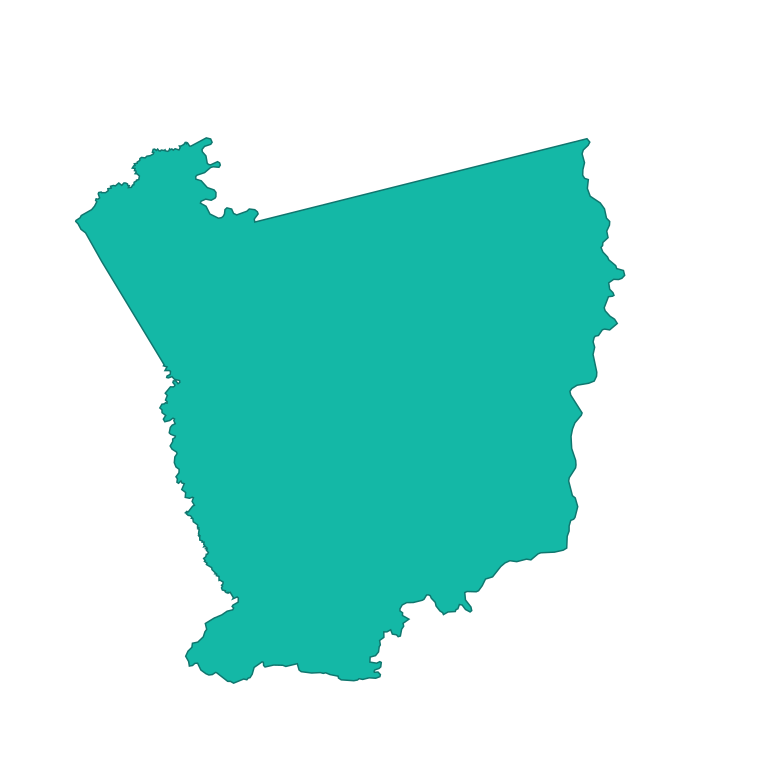 outline of La Macarena, Meta, Colombia, rotated 256°
{"feature_id": "7082276B91744588018589", "entity_name": "La Macarena", "entity_type": "district", "adm_level": 2, "iso_a3": "COL", "parent_name": "Colombia", "parent_adm1": "Meta", "projection": "natural_earth1", "projection_center": [-73.869, 2.122], "detail": "fine", "context": "isolated", "style": "filled", "palette": "teal", "viewbox_px": 768, "rotation_deg": 256, "n_neighbors": 0, "source": "geoboundaries", "source_scale": "gbopen_adm2", "svg_char_len": 6171}
<svg xmlns="http://www.w3.org/2000/svg" viewBox="0 0 768 768"><g transform="rotate(256 384 384)"><path d="M167.8,125.7L162.0,127.3L157.4,126.9L157.2,130.2L158.7,132.9L158.2,135.6L150.8,137.1L146.0,141.1L144.0,143.7L143.6,147.2L144.9,150.8L144.3,151.8L133.3,160.4L132.6,163.1L130.1,165.7L131.7,176.5L130.2,179.4L131.5,181.1L131.5,183.0L134.3,185.9L140.4,189.4L143.9,198.5L143.1,199.6L140.0,199.1L138.2,200.1L138.0,208.9L135.6,217.7L133.7,220.4L133.6,232.2L127.1,232.4L124.9,234.1L121.1,243.8L119.4,252.4L117.9,255.1L117.9,257.6L115.2,261.2L111.6,268.8L109.7,268.7L107.3,270.9L103.4,283.0L103.2,286.7L104.1,288.5L102.5,291.9L102.5,298.6L100.5,304.8L101.0,309.2L102.9,310.2L106.0,308.5L106.6,304.9L107.7,304.9L108.8,306.0L109.2,310.4L110.3,312.4L114.5,314.0L115.6,312.8L114.9,309.3L117.6,303.0L122.4,304.5L122.5,310.1L125.4,313.9L130.3,315.8L131.7,317.3L136.2,317.7L138.2,322.6L143.5,323.8L142.8,326.9L143.9,331.0L139.3,331.6L137.6,335.5L135.4,336.6L135.5,338.9L141.8,341.8L144.2,344.5L147.2,344.6L149.8,351.3L154.9,345.9L157.5,346.7L160.0,344.6L162.0,345.1L165.2,348.2L166.4,353.1L164.9,359.5L164.9,368.8L165.4,370.7L168.9,374.2L168.7,376.0L167.5,377.6L164.7,378.1L159.7,380.9L156.0,380.8L150.2,383.4L147.9,385.6L145.9,385.9L147.3,391.0L146.0,398.1L147.7,399.3L148.0,401.3L151.8,403.8L150.7,406.3L145.5,408.5L142.0,412.4L142.9,414.3L146.6,414.4L154.8,410.8L162.1,411.9L162.6,414.3L160.1,423.2L160.5,425.7L164.5,430.5L170.2,435.3L170.6,442.7L178.7,453.2L181.1,458.1L182.1,463.4L179.5,469.8L179.6,479.9L177.8,484.0L181.9,492.3L182.3,495.3L179.6,508.8L179.4,517.7L180.6,521.6L191.9,524.9L196.5,528.0L201.5,529.3L206.5,532.2L206.9,535.3L208.3,537.0L218.1,542.3L227.2,542.0L230.1,539.8L245.2,539.7L248.3,541.1L256.3,549.6L259.0,550.7L263.6,551.5L276.0,550.5L287.9,552.8L294.7,556.0L300.1,559.8L306.0,567.9L308.0,569.2L328.1,562.5L331.9,562.6L334.2,565.2L336.1,571.1L335.2,582.8L336.0,588.7L340.1,592.1L343.9,593.3L362.1,594.0L368.7,597.3L374.3,597.1L378.2,599.1L379.3,600.5L379.2,603.8L383.8,609.0L383.9,611.4L381.9,616.1L386.3,625.0L391.1,623.4L395.1,619.7L401.5,616.3L404.7,616.1L414.4,622.9L413.9,626.9L414.4,628.6L417.1,628.3L421.3,625.9L427.8,626.5L430.0,632.2L428.6,636.9L429.0,640.4L431.2,643.8L436.2,643.8L439.7,637.7L442.7,637.5L450.2,632.1L453.0,631.7L459.1,628.3L464.0,627.6L465.4,629.6L468.4,630.6L471.8,636.8L478.5,637.1L483.6,641.2L487.1,642.3L491.1,640.0L500.6,640.3L507.4,637.6L516.3,629.5L524.5,628.6L532.9,631.7L535.0,628.4L538.5,627.3L543.8,628.8L550.2,632.1L559.4,631.9L562.9,634.0L566.2,639.8L568.9,642.2L572.9,640.3L572.4,297.8L575.4,298.0L579.5,303.0L581.7,302.8L584.4,300.8L586.4,295.6L584.8,292.7L583.7,282.0L585.9,279.3L590.6,278.5L592.9,274.2L591.7,271.9L587.5,270.3L585.5,268.4L584.7,266.5L584.9,263.5L591.1,256.2L599.5,254.3L603.9,249.6L605.6,250.7L606.5,255.7L604.1,260.8L605.2,265.0L606.4,266.2L610.5,267.3L613.4,266.1L617.3,260.1L625.4,255.8L628.3,251.0L630.9,251.5L631.9,253.3L632.5,261.1L636.0,268.1L636.1,270.8L634.2,276.3L636.0,278.1L638.3,278.0L640.0,276.3L638.6,268.8L639.4,266.9L641.0,265.9L648.4,266.4L653.3,263.9L655.6,264.2L658.0,267.4L658.5,273.9L660.1,275.7L663.7,275.1L665.8,271.1L661.5,254.1L662.0,252.9L665.5,251.7L665.0,250.5L666.3,250.5L666.5,249.6L664.9,247.8L664.0,244.7L664.4,243.0L662.6,243.4L660.7,241.7L662.8,238.2L661.9,236.1L663.4,235.0L663.0,233.5L664.0,232.9L662.3,231.6L662.1,230.2L663.2,228.2L664.2,228.2L663.8,227.1L664.9,224.5L664.2,223.3L664.8,222.0L666.7,221.2L665.7,219.6L667.4,218.3L667.5,216.8L664.9,215.3L664.3,216.6L663.0,215.8L662.1,212.5L662.4,209.0L661.2,206.9L662.5,203.6L661.8,201.7L660.0,201.1L659.0,198.2L657.9,198.0L658.1,195.0L656.2,195.3L656.2,193.9L654.4,192.0L653.4,194.6L651.4,193.5L650.9,194.7L649.5,194.8L648.3,193.4L647.6,195.3L645.0,197.0L641.7,195.5L641.7,193.2L640.9,192.9L640.2,190.4L637.8,189.4L637.9,188.2L635.9,186.5L636.4,183.5L638.1,184.8L638.6,183.4L640.2,183.5L641.5,182.0L642.0,180.3L640.2,177.6L643.2,175.3L641.2,171.3L642.1,169.5L642.0,166.5L640.1,166.7L640.3,163.3L638.3,163.2L637.0,160.1L638.0,156.1L638.7,156.0L638.8,153.5L637.6,152.7L633.4,153.1L632.5,151.3L633.3,149.5L632.0,148.6L630.3,149.4L626.6,146.2L623.9,142.5L620.7,131.0L618.8,129.3L617.2,124.7L616.3,124.2L613.4,125.9L607.4,127.4L602.9,131.0L570.9,139.8L459.6,174.2L455.9,175.3L455.0,174.4L453.1,177.6L450.0,174.7L449.0,178.9L447.9,179.9L445.1,178.9L444.2,175.4L442.9,174.7L442.1,176.1L442.4,180.1L439.3,181.8L436.8,186.5L435.0,186.3L434.1,184.2L437.4,182.8L438.0,180.4L436.5,179.5L433.5,180.9L432.7,180.3L432.1,179.0L432.9,176.1L428.0,169.5L425.3,171.0L421.3,168.1L419.4,169.3L417.9,168.8L418.7,167.4L417.9,166.1L418.1,163.6L415.0,160.7L412.7,162.3L409.9,161.7L406.3,164.6L403.3,161.4L400.4,162.2L400.4,167.2L401.9,171.0L400.7,172.3L399.3,171.2L396.0,171.8L395.3,168.5L393.6,166.2L388.6,163.8L386.8,164.9L383.9,169.0L382.6,168.2L381.7,165.6L379.3,165.1L375.6,161.5L372.0,162.6L368.1,166.3L366.4,166.3L363.8,163.4L358.4,161.5L353.8,162.1L350.8,164.6L347.5,163.6L344.3,159.7L342.0,160.6L338.8,159.3L337.4,160.6L339.0,163.5L336.8,164.0L335.6,166.1L330.5,162.2L326.7,165.3L322.1,163.7L320.2,167.6L320.5,170.6L319.8,171.6L316.5,169.4L312.2,170.7L311.8,168.8L307.2,163.0L308.1,161.9L307.1,160.2L306.3,161.4L305.8,160.9L303.9,162.2L303.0,164.4L301.0,165.3L300.3,164.6L299.7,166.0L296.5,165.6L292.4,169.1L290.1,168.4L289.3,169.4L288.6,168.3L287.7,169.5L283.3,167.7L281.4,168.6L281.5,167.5L280.1,168.2L277.1,167.5L275.7,169.7L274.6,169.2L274.1,171.1L272.0,170.3L271.0,171.0L269.6,169.7L269.5,171.3L267.8,172.5L267.3,171.1L266.5,172.4L265.7,171.5L263.0,172.8L261.5,171.5L261.8,170.4L259.5,169.3L258.4,166.8L255.9,167.8L255.4,166.9L253.0,168.9L251.8,168.0L247.5,172.4L245.5,172.2L241.1,174.9L240.7,174.1L239.9,175.7L238.6,175.0L237.2,177.3L233.3,176.4L233.3,177.5L230.7,180.0L228.9,179.3L228.0,177.7L226.9,178.4L225.5,177.0L223.2,177.3L221.7,180.1L220.9,179.6L219.6,180.6L219.6,182.2L218.8,182.1L219.1,184.4L212.9,186.2L212.1,185.4L212.9,190.0L211.6,190.9L207.6,189.7L206.0,184.0L204.9,182.8L203.1,183.9L201.5,182.6L201.5,176.8L199.2,170.7L198.0,162.7L194.9,152.7L188.8,152.6L186.9,150.3L182.4,147.5L178.6,140.9L178.8,135.4L175.0,133.9L172.2,129.2L167.8,125.7Z" fill="#14b8a6" stroke="#0f766e" stroke-width="1.5"/></g></svg>